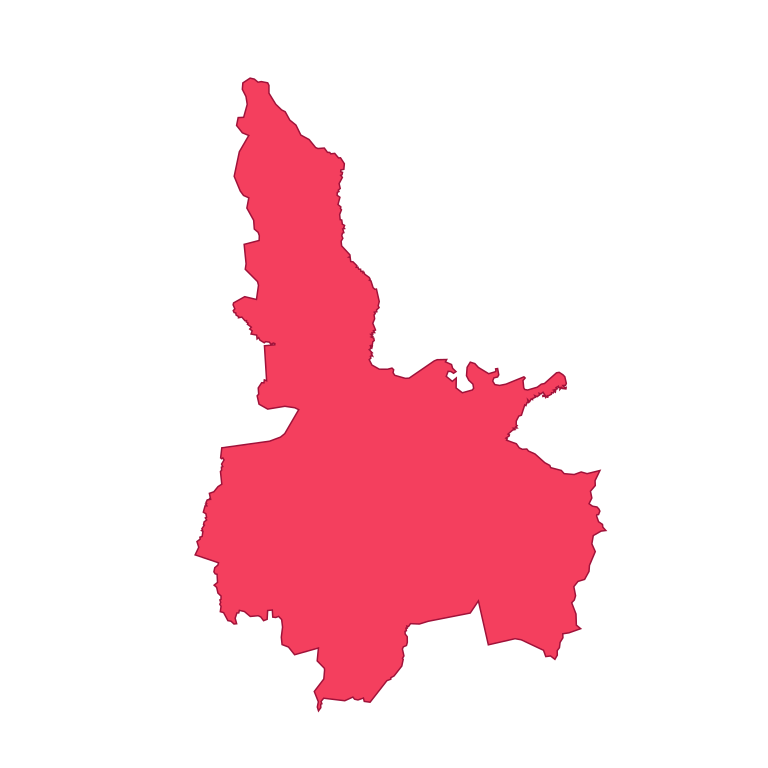 Phatthana Nikhom, Lop Buri, Thailand (Mercator projection), rotated 264°
{"feature_id": "78962969B79336823400406", "entity_name": "Phatthana Nikhom", "entity_type": "district", "adm_level": 2, "iso_a3": "THA", "parent_name": "Thailand", "parent_adm1": "Lop Buri", "projection": "mercator", "projection_center": [101.069, 14.9], "detail": "fine", "context": "isolated", "style": "filled", "palette": "rose", "viewbox_px": 768, "rotation_deg": 264, "n_neighbors": 0, "source": "geoboundaries", "source_scale": "gbopen_adm2", "svg_char_len": 6146}
<svg xmlns="http://www.w3.org/2000/svg" viewBox="0 0 768 768"><g transform="rotate(264 384 384)"><path d="M165.0,204.0L164.1,207.0L161.0,209.7L161.0,212.4L166.6,211.5L171.7,213.8L171.5,215.6L174.0,216.5L172.3,221.4L166.8,226.7L166.7,234.7L165.2,237.1L161.2,239.5L162.2,243.2L170.9,244.6L170.9,249.3L163.8,249.0L163.1,251.9L163.9,254.9L160.4,257.6L152.8,257.7L142.9,255.4L135.5,255.4L132.4,261.5L124.1,266.8L128.3,291.2L115.6,288.6L107.5,295.0L105.7,295.0L96.9,293.3L85.5,282.5L74.8,285.5L69.7,283.9L65.8,284.7L68.7,287.3L72.1,287.6L72.5,288.8L74.9,288.2L77.8,291.2L73.1,311.9L75.9,320.3L73.6,321.8L72.5,325.1L73.8,330.7L70.4,331.2L69.0,336.9L88.7,355.9L89.7,359.9L91.2,360.1L92.6,363.5L101.6,372.2L108.1,374.3L109.2,373.7L111.5,375.4L118.5,374.6L120.6,375.8L121.6,379.0L124.6,380.2L130.2,380.7L133.2,378.9L135.8,379.1L136.3,380.5L138.8,380.3L138.8,381.6L140.8,381.4L140.2,383.0L142.9,385.3L141.6,394.1L143.4,403.2L147.2,445.8L158.4,455.2L113.7,460.5L117.0,487.7L115.3,493.7L102.5,514.8L96.0,516.4L96.1,521.2L92.3,525.2L96.2,528.0L100.7,528.4L103.4,530.9L108.6,532.1L112.9,535.4L116.9,535.7L117.2,541.9L120.1,554.0L124.1,550.1L135.2,550.9L146.8,547.8L149.3,550.7L153.4,552.4L162.6,551.6L167.4,556.3L168.7,563.1L176.2,568.3L182.2,569.4L195.2,576.6L203.3,574.0L211.4,576.3L215.0,584.5L215.1,589.3L218.7,586.7L221.5,586.6L224.6,583.0L230.6,581.6L231.8,582.1L231.7,583.7L235.0,585.4L237.1,584.7L239.4,583.0L240.7,578.6L243.5,575.4L248.9,578.8L255.8,578.1L260.9,583.5L265.8,583.8L275.4,589.7L273.6,576.6L275.9,570.9L274.1,563.7L276.0,553.8L279.5,551.3L283.4,541.0L285.7,540.4L288.9,535.7L298.6,526.9L302.2,520.7L304.4,519.2L304.6,514.8L306.4,511.8L310.7,509.4L315.3,500.0L316.6,500.8L317.4,499.6L319.2,503.0L320.3,503.4L321.2,502.1L324.8,507.2L325.0,509.4L326.5,508.0L326.4,511.7L327.7,510.6L328.6,512.1L329.6,511.2L333.4,511.7L338.0,514.7L338.6,517.4L348.5,521.8L347.7,522.9L350.6,524.3L350.4,525.5L353.3,525.3L351.1,526.9L353.7,528.8L353.0,530.1L354.0,530.2L355.0,533.2L356.7,532.7L355.4,535.0L356.9,537.6L358.5,537.3L357.7,539.0L359.2,541.3L355.9,543.0L356.0,540.8L355.0,540.7L355.2,542.8L353.6,543.4L355.0,545.0L353.2,545.5L354.9,545.7L356.3,549.4L357.9,549.7L357.4,551.3L359.0,552.3L358.0,553.5L359.6,554.0L360.3,552.3L361.1,555.8L362.5,554.8L363.5,557.1L362.3,557.1L362.1,558.8L360.3,558.4L362.0,560.4L360.9,560.8L360.1,564.4L361.6,564.8L361.4,563.4L363.8,561.8L363.7,564.4L365.5,565.4L372.3,564.6L374.5,562.9L377.3,559.4L377.1,556.7L367.7,543.6L367.4,540.4L364.8,536.1L363.0,526.2L363.9,523.3L365.6,522.6L372.9,522.6L375.2,525.0L376.5,523.9L371.1,505.3L370.5,498.8L371.8,494.2L375.5,492.4L378.6,493.9L379.1,497.7L381.1,499.1L387.5,498.6L387.4,496.6L385.3,496.7L384.5,495.7L383.3,489.2L390.6,479.6L394.8,476.5L396.7,472.1L391.9,468.4L383.6,466.9L378.9,468.7L374.6,472.4L370.4,472.7L368.8,471.2L367.1,461.0L372.5,455.3L382.4,456.5L379.5,452.2L385.1,446.7L389.9,449.1L389.4,451.9L387.4,454.3L388.8,456.9L392.4,453.9L396.3,453.2L399.6,447.4L401.8,448.9L402.6,439.4L401.7,436.3L387.2,409.6L387.4,405.8L391.5,395.6L394.3,394.2L397.2,395.1L399.0,393.6L398.3,389.0L399.2,380.9L404.1,374.0L409.8,371.8L411.0,373.6L413.5,373.3L412.4,373.7L413.8,374.4L413.1,375.5L415.9,374.6L416.2,375.6L419.7,372.9L420.5,374.4L421.9,374.6L421.0,375.6L422.6,376.2L422.3,374.7L423.6,374.4L423.7,376.3L427.2,377.3L428.2,378.8L430.7,378.6L432.1,376.2L432.6,377.8L434.7,376.1L434.7,377.9L436.1,377.5L436.1,380.0L438.5,378.6L437.8,379.7L438.6,381.2L445.6,379.2L449.8,381.5L453.7,381.3L454.9,382.6L456.4,381.9L456.6,384.4L458.4,384.3L460.5,387.1L462.4,386.4L466.5,387.9L479.2,386.4L479.1,384.8L481.0,383.2L487.9,381.8L488.8,380.3L489.6,381.2L491.5,380.4L495.2,376.3L497.2,375.7L496.9,374.7L498.3,374.8L498.4,372.8L500.6,372.7L500.9,370.8L502.9,370.3L503.0,368.6L504.5,369.4L508.7,366.0L509.3,363.7L513.4,363.6L513.8,362.4L514.3,363.6L516.0,363.6L525.8,356.3L530.5,356.3L533.2,358.3L535.8,357.5L538.3,358.4L538.7,359.9L542.5,359.1L542.7,361.0L543.8,360.3L545.8,361.4L547.3,359.3L551.5,359.1L552.0,357.6L557.2,357.6L561.7,359.9L563.1,359.0L564.6,359.6L567.3,357.0L574.3,359.7L576.6,357.1L579.5,357.6L580.1,359.3L581.6,358.8L583.0,360.9L588.0,360.3L593.8,364.2L596.1,362.7L596.5,364.1L598.8,364.9L599.6,363.1L601.4,363.5L601.7,366.5L607.2,367.6L613.5,364.4L613.6,362.4L618.5,359.1L618.5,355.1L620.0,354.2L620.3,352.0L624.9,349.3L625.1,342.9L626.3,340.7L634.9,335.1L640.3,327.3L650.7,323.5L656.3,317.9L665.1,314.2L667.3,310.8L673.5,305.6L685.2,300.0L693.0,300.8L695.7,299.8L697.6,293.5L697.3,290.3L700.8,286.9L702.2,282.8L698.2,275.1L691.9,273.9L684.3,276.8L676.4,277.2L663.9,272.3L664.2,266.8L656.5,264.4L648.6,269.4L645.3,275.5L630.1,264.4L606.2,256.7L591.0,261.2L586.2,264.0L583.3,269.0L573.3,266.0L560.4,271.5L551.6,271.2L548.0,274.7L544.5,275.5L539.8,274.8L537.5,259.5L517.9,259.4L512.6,258.0L499.1,268.9L495.3,269.5L481.4,266.0L485.4,254.6L480.4,242.9L478.5,242.2L474.3,243.5L472.7,241.7L470.7,242.4L470.2,244.0L468.0,244.1L466.3,246.4L465.1,246.2L465.4,249.6L461.5,252.3L461.4,253.9L460.2,253.5L458.8,255.2L457.7,254.4L454.4,258.0L452.7,256.2L450.7,258.4L447.6,257.0L445.9,262.5L442.1,262.5L443.2,264.2L440.6,265.2L437.5,269.2L438.5,270.7L437.6,274.4L435.3,275.7L436.3,278.2L435.6,279.7L434.4,279.5L434.5,269.1L399.5,267.6L400.6,265.4L397.7,264.7L398.1,262.5L393.2,258.5L387.0,258.3L385.5,256.6L377.0,257.6L371.2,265.7L372.2,283.1L369.7,292.8L367.4,296.5L345.0,280.1L342.0,275.5L339.1,264.3L337.5,216.0L327.6,213.8L326.6,214.8L327.3,216.0L325.2,217.0L321.3,214.1L318.7,215.0L318.3,213.6L315.2,213.5L314.1,212.2L301.3,212.2L299.3,208.2L294.6,203.5L293.5,198.9L287.8,199.5L288.6,198.1L287.4,198.9L287.2,196.1L284.8,194.6L283.7,195.1L283.3,194.0L281.4,195.0L281.5,193.3L275.4,190.9L273.6,193.3L270.0,193.6L269.5,192.3L267.3,193.4L265.7,190.7L263.0,189.8L262.4,190.6L259.2,187.8L257.9,188.2L257.3,187.2L256.4,188.5L251.4,187.2L250.9,184.9L249.0,185.0L246.9,181.5L241.0,182.7L233.8,178.3L223.5,200.7L221.3,199.9L219.0,196.5L215.0,195.2L212.8,196.3L212.2,198.1L204.1,197.7L201.7,194.0L199.2,196.3L193.4,197.0L190.1,199.8L186.8,199.3L186.4,198.2L183.9,198.8L182.2,197.7L179.9,198.7L174.7,197.4L173.4,200.6L165.0,204.0Z" fill="#f43f5e" stroke="#9f1239" stroke-width="1.5"/></g></svg>